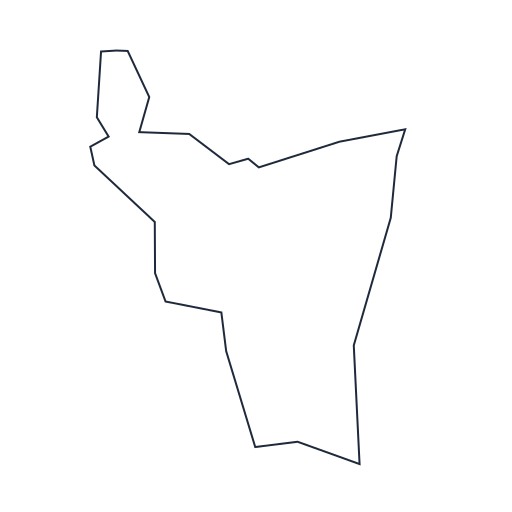 Montour, Pennsylvania, United States of America, rotated 176°
{"feature_id": "52423323B26026796638538", "entity_name": "Montour", "entity_type": "district", "adm_level": 2, "iso_a3": "USA", "parent_name": "United States of America", "parent_adm1": "Pennsylvania", "projection": "mercator", "projection_center": [-76.627, 41.027], "detail": "fine", "context": "isolated", "style": "outline", "palette": "slate", "viewbox_px": 512, "rotation_deg": 176, "n_neighbors": 0, "source": "geoboundaries", "source_scale": "gbopen_adm2", "svg_char_len": 485}
<svg xmlns="http://www.w3.org/2000/svg" viewBox="0 0 512 512"><g transform="rotate(176 256 256)"><path d="M167.2,41.2L164.7,160.0L118.9,284.7L108.7,345.7L98.3,372.0L164.8,364.2L247.0,344.2L257.0,353.6L276.5,349.5L314.1,382.4L363.8,387.7L351.4,422.0L369.7,469.5L380.9,470.7L396.3,470.8L405.1,405.5L394.7,385.4L413.7,376.6L410.9,357.6L354.6,297.0L357.9,245.9L349.4,216.9L294.5,202.1L292.4,163.2L270.1,65.5L227.5,67.8L167.2,41.2Z" fill="none" stroke="#1e293b" stroke-width="2"/></g></svg>